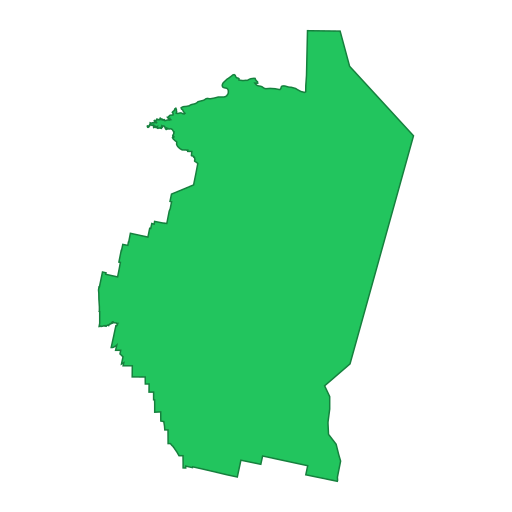 San Justo, Córdoba, Argentina
{"feature_id": "61730980B4375422681595", "entity_name": "San Justo", "entity_type": "district", "adm_level": 2, "iso_a3": "ARG", "parent_name": "Argentina", "parent_adm1": "Córdoba", "projection": "robinson", "projection_center": [-62.92, -31.204], "detail": "fine", "context": "isolated", "style": "filled", "palette": "green", "viewbox_px": 512, "rotation_deg": 0, "n_neighbors": 0, "source": "geoboundaries", "source_scale": "gbopen_adm2", "svg_char_len": 5926}
<svg xmlns="http://www.w3.org/2000/svg" viewBox="0 0 512 512"><path d="M307.5,30.7L306.5,75.5L305.8,85.6L305.7,91.8L304.2,92.5L303.4,92.1L300.9,91.5L297.0,89.4L295.7,88.5L291.4,87.3L288.8,87.1L284.9,86.0L283.5,85.9L282.0,86.1L281.2,87.0L280.9,88.5L279.9,89.6L278.5,89.4L275.0,88.7L270.1,88.4L265.8,88.7L264.5,88.4L263.3,87.7L262.1,86.8L260.8,86.3L258.0,85.8L256.7,85.2L255.7,84.2L254.9,83.1L257.7,83.2L257.5,81.7L256.7,81.1L255.6,79.8L255.1,78.4L253.9,78.3L251.0,78.7L249.5,79.2L247.3,80.4L245.8,80.3L243.0,80.6L239.0,80.1L239.0,78.7L237.9,78.0L236.6,77.8L235.7,76.7L235.2,75.3L234.1,74.6L232.7,75.0L231.7,75.9L228.3,78.4L227.1,79.1L223.9,82.1L223.0,83.1L222.4,84.4L222.2,85.8L222.8,87.1L224.0,87.7L226.8,88.3L227.8,89.2L228.3,90.6L228.3,91.9L228.2,93.5L226.6,95.9L225.3,96.6L224.0,97.0L218.3,97.0L214.1,98.1L210.0,98.8L207.3,98.4L205.9,98.8L204.8,99.6L203.5,100.3L198.0,101.7L197.1,102.6L195.8,103.4L194.5,103.9L191.7,104.5L190.4,105.0L189.2,105.8L186.3,106.4L183.7,106.6L182.4,107.0L181.1,107.8L181.5,109.0L182.7,109.9L183.2,111.1L184.0,112.3L185.0,113.3L184.2,114.0L182.7,113.7L181.5,113.0L180.2,112.9L178.8,113.3L177.3,113.5L176.2,113.2L176.7,111.8L176.4,110.7L176.4,109.4L175.8,108.2L174.7,109.0L174.4,110.4L173.2,111.3L172.3,112.3L173.1,113.5L173.1,114.8L171.7,115.1L170.3,115.2L169.6,115.5L169.2,116.2L168.5,116.5L168.5,116.9L168.1,117.1L168.0,117.4L167.5,117.4L167.7,117.7L168.0,118.0L168.3,118.3L169.5,118.8L169.8,118.5L170.0,119.1L170.7,119.7L169.8,119.9L169.3,119.8L169.1,119.8L169.0,120.1L168.4,119.9L167.9,119.9L164.9,120.7L164.2,120.3L164.5,120.1L164.3,119.6L164.1,119.6L163.8,119.8L163.3,119.8L162.3,119.2L162.2,119.3L162.2,119.5L162.4,119.9L161.9,119.8L161.8,119.3L161.6,119.0L161.2,118.9L160.2,118.1L160.0,118.4L160.3,118.7L160.1,118.8L160.1,119.0L160.4,119.3L160.2,119.6L159.2,119.8L158.5,119.7L158.1,119.8L158.0,119.4L157.9,119.3L157.6,119.4L157.1,119.1L156.8,119.1L156.7,119.6L156.3,120.4L155.7,120.5L154.5,120.4L154.3,120.6L154.2,120.7L154.5,121.6L154.9,121.8L156.1,121.8L156.7,122.7L156.6,122.8L156.4,122.9L155.8,122.6L155.4,122.5L153.5,122.8L152.6,122.7L151.2,123.2L150.2,122.8L150.2,123.5L150.4,123.7L149.8,124.3L149.3,125.5L148.8,126.1L148.2,126.5L147.9,126.3L147.7,125.9L147.4,125.9L147.3,126.1L147.4,126.4L147.4,126.7L147.7,127.3L148.0,127.4L148.3,127.3L148.9,126.9L149.0,126.7L148.9,126.3L149.8,125.7L149.9,125.0L150.5,125.0L151.0,124.9L152.0,125.4L153.2,125.1L153.3,125.4L153.7,125.3L153.7,125.6L154.0,125.8L153.5,126.4L153.6,127.4L153.7,127.6L154.2,127.4L154.3,126.5L154.5,126.4L154.7,126.9L155.1,127.0L155.4,126.8L155.3,126.2L155.6,126.2L156.1,126.5L155.7,126.8L155.8,127.5L156.2,127.7L156.6,127.2L157.1,127.1L157.4,126.8L157.3,127.5L157.6,127.9L157.7,128.3L158.0,128.4L158.4,128.1L158.9,128.0L159.0,127.9L159.6,128.1L160.2,127.9L160.4,128.1L160.7,127.8L160.9,128.1L161.4,128.3L161.4,128.0L161.6,127.8L161.4,127.2L161.6,126.6L161.9,127.0L162.5,127.1L162.6,126.7L162.2,125.8L162.7,126.0L163.2,125.9L164.4,126.3L164.8,126.8L164.9,127.4L165.6,127.9L165.3,128.4L165.6,128.9L166.2,129.5L166.5,129.4L166.5,129.1L167.0,129.2L167.3,129.0L167.2,128.6L167.1,128.2L167.5,128.4L167.9,128.4L168.3,128.9L169.6,129.0L170.7,128.7L171.1,128.8L171.3,129.1L171.8,129.2L172.3,129.6L173.3,131.1L173.6,131.9L174.1,132.0L173.8,133.0L173.9,133.3L173.7,133.5L173.7,134.0L173.1,134.7L173.2,135.3L172.9,135.4L172.7,135.8L172.8,136.3L173.3,136.8L173.5,136.9L173.7,136.6L173.9,136.6L174.0,136.7L174.0,137.0L173.7,137.3L172.8,137.3L172.5,137.7L172.8,137.9L172.9,138.4L173.3,138.9L173.5,139.4L174.0,139.5L174.7,140.4L176.7,141.9L176.7,143.0L176.6,143.9L176.6,144.3L176.9,145.1L177.7,146.5L179.1,147.9L180.2,148.8L182.1,149.9L186.2,150.0L186.5,150.2L187.8,150.1L187.7,151.4L191.8,151.5L191.4,155.6L191.7,155.8L193.0,156.0L193.3,156.3L193.6,157.1L194.3,157.1L194.7,158.0L194.6,158.9L194.9,159.2L195.0,159.5L194.6,160.6L194.6,161.1L194.9,161.4L196.4,162.3L197.8,163.5L196.0,173.0L193.6,184.9L171.5,194.1L170.0,201.4L171.6,201.8L170.6,206.7L170.3,208.5L169.2,211.2L166.8,223.5L164.3,223.1L164.3,223.3L154.6,221.4L154.1,224.2L151.8,223.5L150.7,228.5L149.7,228.3L147.9,237.1L130.4,233.3L128.7,242.1L128.4,242.1L127.8,245.4L122.8,244.4L121.5,250.6L121.2,250.5L118.9,262.1L120.4,262.4L119.3,268.4L117.6,276.9L105.7,274.3L106.0,272.8L102.5,272.0L99.4,287.0L99.0,286.9L98.5,290.0L98.8,293.3L98.9,299.0L99.4,306.9L99.4,310.5L99.2,311.4L99.7,311.5L99.7,323.3L99.1,326.5L99.8,326.4L100.2,326.0L100.6,326.0L101.1,326.5L101.5,326.3L102.1,326.3L103.1,326.1L103.9,325.7L104.2,325.9L104.5,325.8L104.8,326.0L105.1,325.6L105.3,325.6L105.7,326.2L106.1,326.3L106.3,326.2L106.4,325.9L106.5,325.7L107.7,325.1L108.7,325.6L108.8,325.4L108.5,325.1L108.5,324.8L109.0,324.7L109.5,324.4L109.6,324.2L110.0,324.3L110.3,323.8L110.7,323.6L111.2,323.7L111.4,323.5L111.7,322.8L112.2,323.0L112.1,322.4L112.1,322.2L112.6,321.8L113.3,321.9L113.5,322.7L113.7,322.8L114.3,322.7L115.1,322.9L115.9,322.8L116.2,322.9L116.6,323.4L117.8,323.4L117.2,324.5L117.4,324.8L117.3,325.1L116.8,325.4L116.6,325.9L116.3,325.9L116.0,325.6L115.9,325.6L113.6,336.5L111.2,347.5L112.5,347.5L113.6,347.2L115.9,345.8L116.8,345.0L115.6,350.3L120.7,350.3L120.0,353.9L123.0,356.8L121.5,364.0L123.8,362.7L123.1,365.8L132.3,365.8L132.2,376.9L145.2,377.0L145.3,384.0L149.1,384.0L149.0,392.1L153.6,392.1L153.6,399.8L154.6,399.8L154.7,404.5L154.7,412.2L160.7,411.9L160.8,421.0L163.8,421.6L164.5,426.1L164.8,429.9L168.0,429.9L168.1,443.6L170.5,443.6L171.2,444.6L172.4,445.9L173.2,446.5L173.5,447.3L174.1,447.7L174.3,448.3L176.9,452.0L179.0,455.7L183.0,455.7L183.1,462.2L183.1,467.9L185.7,468.0L185.7,466.1L192.5,467.6L192.7,466.8L204.6,469.5L227.0,474.8L237.3,477.0L240.9,460.2L260.8,464.3L262.6,456.0L307.7,465.7L305.8,474.8L337.3,481.3L337.6,480.3L337.4,477.2L340.6,461.1L338.7,454.6L336.1,444.2L328.7,434.6L328.5,434.1L328.0,423.7L328.0,422.0L329.7,409.1L329.7,396.6L324.6,385.8L350.0,363.9L413.5,135.8L349.6,66.3L340.1,31.1L307.5,30.7Z" fill="#22c55e" stroke="#15803d" stroke-width="1.5"/></svg>